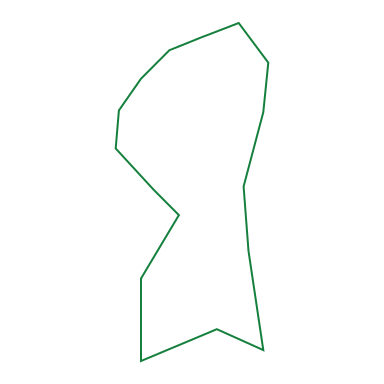 Alithinou, Nicosia, Cyprus
{"feature_id": "46923920B55539182746131", "entity_name": "Alithinou", "entity_type": "district", "adm_level": 2, "iso_a3": "CYP", "parent_name": "Cyprus", "parent_adm1": "Nicosia", "projection": "mercator", "projection_center": [33.032, 34.956], "detail": "fine", "context": "isolated", "style": "outline", "palette": "green", "viewbox_px": 384, "rotation_deg": 0, "n_neighbors": 0, "source": "geoboundaries", "source_scale": "gbopen_adm2", "svg_char_len": 325}
<svg xmlns="http://www.w3.org/2000/svg" viewBox="0 0 384 384"><path d="M238.7,23.0L201.0,37.5L169.4,50.2L141.0,78.7L118.9,110.4L115.7,148.5L153.6,189.7L178.9,215.1L141.0,278.5L141.0,361.0L216.8,329.2L263.3,350.1L248.5,251.0L243.6,186.5L263.3,112.2L268.3,62.7L238.7,23.0Z" fill="none" stroke="#15803d" stroke-width="2"/></svg>